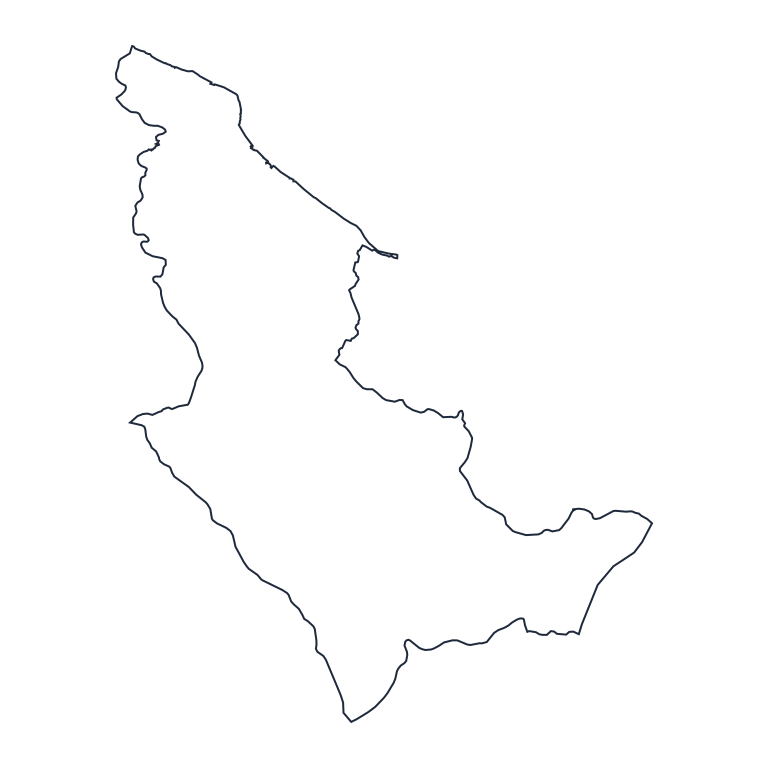 the district of Pidie, Aceh, Indonesia
{"feature_id": "22746128B35853530005037", "entity_name": "Pidie", "entity_type": "district", "adm_level": 2, "iso_a3": "IDN", "parent_name": "Indonesia", "parent_adm1": "Aceh", "projection": "orthographic", "projection_center": [95.912, 5.113], "detail": "fine", "context": "isolated", "style": "outline", "palette": "slate", "viewbox_px": 768, "rotation_deg": 0, "n_neighbors": 0, "source": "geoboundaries", "source_scale": "gbopen_adm2", "svg_char_len": 6080}
<svg xmlns="http://www.w3.org/2000/svg" viewBox="0 0 768 768"><path d="M527.3,631.8L529.3,631.1L535.9,632.2L539.4,634.3L542.7,634.9L546.8,634.9L550.9,631.1L554.2,631.6L556.9,633.8L566.2,634.6L569.2,631.9L573.3,631.6L578.8,634.2L581.9,624.2L597.7,584.9L613.4,566.3L634.1,552.6L642.1,542.1L652.0,523.3L647.2,519.0L641.4,515.8L638.8,513.6L635.3,512.8L632.6,511.6L630.6,511.3L626.3,511.7L615.6,510.8L613.5,511.0L599.9,518.2L595.8,519.0L594.0,518.6L593.0,517.6L592.0,514.1L589.0,511.4L584.6,509.5L578.8,508.7L572.3,509.4L574.1,510.1L573.0,510.7L571.6,512.5L568.6,518.6L561.1,528.4L559.1,530.1L552.4,531.4L547.9,529.8L545.5,530.0L543.9,530.7L541.6,533.0L538.3,534.4L526.0,535.1L515.4,532.1L512.8,531.0L506.2,524.4L504.7,517.3L502.5,514.9L490.0,507.8L486.7,506.6L481.0,502.2L479.3,500.4L476.0,498.5L473.5,494.7L467.2,480.5L460.0,471.1L459.8,468.3L464.9,462.1L467.5,458.1L470.7,446.7L472.1,439.1L472.0,437.6L468.7,431.2L464.3,426.5L464.2,425.3L465.1,423.2L462.3,419.4L463.1,414.4L462.1,411.0L461.3,410.8L459.6,411.6L458.7,412.8L458.0,415.2L457.0,416.5L455.5,417.4L454.0,417.5L451.6,416.8L443.1,417.2L438.1,413.1L433.8,410.5L429.4,409.2L427.7,409.1L423.9,411.9L420.7,412.6L412.9,410.1L406.7,406.4L404.9,404.3L402.6,400.1L399.4,400.0L394.8,401.7L386.1,400.1L382.6,398.0L376.6,392.4L372.6,389.3L366.6,389.2L363.0,388.1L356.3,381.5L353.5,378.1L349.6,371.9L346.4,368.1L345.4,367.1L339.8,364.4L335.4,360.2L339.4,354.8L338.7,350.8L339.3,349.6L340.6,348.3L342.1,348.1L345.4,340.8L346.3,340.0L350.7,340.9L351.7,338.7L353.7,338.1L357.9,334.2L357.8,331.0L356.2,329.3L355.5,327.8L356.4,325.1L358.4,323.7L358.5,321.1L359.4,319.4L359.4,318.0L358.5,314.1L351.5,297.4L350.5,293.2L349.1,290.2L349.6,289.5L355.1,285.8L355.5,284.2L358.6,279.5L358.1,277.0L356.4,275.7L355.7,273.0L353.8,271.3L353.5,270.1L355.3,262.4L357.6,262.2L358.0,261.8L359.1,256.2L357.3,253.5L358.2,250.8L359.7,250.2L362.5,245.4L366.3,246.9L372.2,250.6L374.2,249.8L375.1,250.0L377.8,252.5L380.0,253.6L382.3,254.6L387.1,255.6L389.2,256.7L391.6,255.5L391.9,256.5L394.3,257.8L397.2,258.3L397.4,255.1L396.5,254.6L388.8,253.6L378.0,251.0L368.8,242.9L364.4,237.0L360.7,230.4L356.4,225.8L350.7,223.0L343.7,218.6L335.2,212.1L331.3,209.8L330.0,208.3L328.9,208.0L321.8,203.0L315.7,198.1L313.8,197.3L303.4,188.8L295.5,181.5L293.4,181.3L293.5,179.8L290.6,178.3L289.6,178.5L289.4,177.7L280.5,171.9L274.6,166.5L273.3,165.9L271.4,168.0L270.7,167.2L271.2,166.5L270.1,164.4L268.0,162.9L266.2,163.4L266.1,162.6L268.1,161.8L267.8,161.1L263.3,157.7L263.5,157.4L256.9,150.7L254.2,150.2L254.0,149.7L252.5,149.4L252.0,148.5L251.1,148.2L251.3,147.8L250.6,146.7L250.9,146.3L251.8,147.0L252.6,146.7L252.7,145.8L245.3,135.9L239.0,125.3L238.8,124.7L239.7,123.5L239.8,121.3L240.5,119.6L240.2,118.1L240.7,116.5L240.2,114.0L240.9,113.5L240.8,110.4L241.1,110.1L239.5,101.9L238.6,100.4L237.4,95.5L236.4,94.3L223.9,87.3L214.9,84.4L213.7,84.4L214.4,84.5L214.2,85.0L210.4,83.8L211.4,82.4L199.6,76.1L198.4,74.9L192.6,71.1L187.9,71.3L181.8,69.6L176.0,67.1L174.8,67.8L174.4,66.9L172.0,66.4L170.3,65.1L166.9,64.0L165.7,63.1L164.8,63.3L157.0,59.6L151.7,56.4L150.0,54.1L148.4,54.0L145.7,52.9L144.5,51.6L140.6,50.7L135.2,48.5L133.7,46.5L132.1,46.1L129.8,53.4L120.6,59.0L118.9,61.5L118.2,66.8L116.0,73.3L116.4,78.7L119.1,81.9L122.1,84.0L125.4,85.5L125.9,87.3L125.5,89.5L124.6,91.1L121.2,94.6L116.6,97.7L116.8,99.3L122.6,106.1L129.9,111.4L131.7,112.1L136.3,112.4L138.1,113.1L139.5,114.3L142.0,119.3L144.7,122.9L149.0,125.1L154.0,125.8L157.9,125.8L162.4,127.5L164.7,129.3L165.4,130.3L165.7,131.8L162.7,133.8L158.3,134.9L156.0,137.0L156.5,140.3L158.8,140.9L158.0,142.8L156.0,143.9L157.5,144.6L158.8,144.3L159.0,144.8L155.6,146.2L155.2,147.6L153.8,148.3L153.3,149.2L151.4,149.5L151.8,150.2L151.5,150.5L148.9,149.4L147.3,150.8L143.9,151.8L141.3,153.4L139.3,154.9L137.9,156.6L137.6,159.7L138.5,163.0L139.6,164.5L141.5,166.0L145.7,167.7L146.7,168.8L146.7,169.8L145.3,172.8L145.4,175.3L143.8,176.7L141.8,177.4L141.0,178.5L139.7,186.1L140.3,189.8L142.5,194.7L142.6,197.6L140.5,200.7L137.6,202.4L135.3,205.8L136.6,211.4L136.0,213.4L133.2,217.6L133.1,224.5L133.9,232.1L134.9,233.5L137.6,234.8L143.3,234.5L144.4,234.8L147.9,237.9L148.7,240.2L148.2,241.0L146.9,241.8L143.7,241.5L142.7,241.8L142.0,242.2L141.1,243.7L141.2,245.3L142.1,247.6L145.4,252.6L152.6,256.2L162.5,258.2L165.6,260.0L165.8,264.9L163.7,267.3L162.4,274.2L160.5,276.6L155.5,276.5L153.6,277.4L153.1,279.1L153.7,281.1L154.2,281.9L156.7,283.2L160.1,288.0L160.9,290.6L161.1,294.6L163.0,302.7L164.5,306.6L166.9,310.6L172.3,316.3L176.5,319.7L178.5,323.6L188.9,334.6L195.0,343.1L197.0,347.9L199.0,355.7L201.9,362.4L202.5,365.7L202.4,367.9L201.6,370.6L197.7,376.7L195.5,381.7L194.9,385.0L191.0,397.4L188.9,403.0L187.8,404.7L178.7,406.3L172.4,409.0L170.8,408.7L169.0,407.6L167.1,407.8L162.9,409.5L161.5,411.2L158.8,412.0L152.4,414.9L147.5,413.6L143.0,414.0L137.5,416.1L130.1,422.6L141.6,425.2L144.3,426.7L145.3,429.4L146.2,436.6L147.3,439.8L149.9,443.5L151.7,447.7L156.2,451.5L158.9,457.4L159.1,458.9L160.2,461.3L163.9,464.2L169.4,466.7L170.4,468.0L172.0,472.5L174.3,476.6L188.9,487.1L196.1,494.6L205.6,502.2L207.4,504.2L210.3,509.0L211.9,518.6L212.8,520.2L217.0,523.4L226.5,528.0L230.5,531.1L232.9,535.5L235.5,546.7L243.8,562.1L247.3,567.1L248.9,568.9L257.7,575.1L260.9,579.1L262.5,580.3L282.5,590.1L287.1,593.1L288.6,594.9L291.2,601.5L293.9,604.5L298.9,608.9L302.5,615.1L304.2,618.9L307.9,621.2L313.3,626.2L314.8,629.1L316.4,640.4L316.5,644.8L315.9,648.7L317.4,651.8L323.4,656.0L325.9,659.8L340.6,694.9L343.1,702.6L343.5,712.8L351.2,721.9L356.5,719.3L368.4,712.0L375.2,706.9L384.1,697.6L387.5,693.1L393.6,682.9L395.3,678.8L397.0,671.1L398.4,668.5L400.7,665.6L404.4,663.1L406.2,661.0L407.3,654.9L406.9,651.7L404.5,645.5L405.2,642.0L406.4,640.4L408.5,639.8L409.9,640.4L419.1,647.8L422.2,649.2L425.6,650.0L431.1,649.5L434.3,648.3L439.1,645.7L444.1,642.4L452.6,640.3L457.4,640.4L467.2,644.5L470.4,645.0L479.7,643.2L481.8,643.4L486.8,642.0L494.1,632.9L498.3,630.1L504.1,627.9L508.2,625.7L512.1,622.5L516.8,619.7L519.5,618.6L521.6,618.4L523.4,618.8L524.0,619.9L524.9,625.0L527.3,631.8Z" fill="none" stroke="#1e293b" stroke-width="2"/></svg>